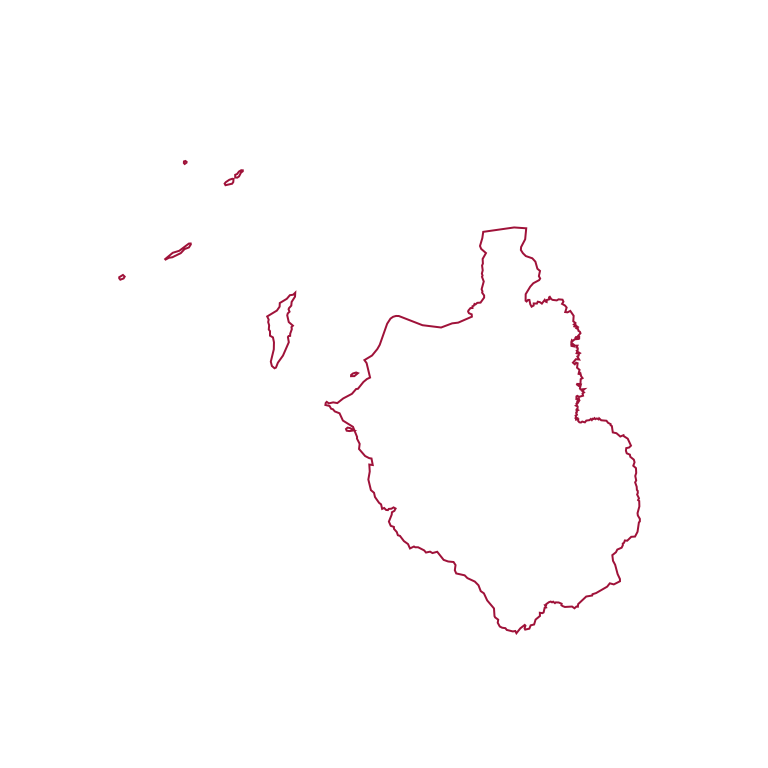 the district of Palian, Trang, Thailand, rotated 68°
{"feature_id": "78962969B78626078629427", "entity_name": "Palian", "entity_type": "district", "adm_level": 2, "iso_a3": "THA", "parent_name": "Thailand", "parent_adm1": "Trang", "projection": "mercator", "projection_center": [99.742, 7.175], "detail": "fine", "context": "isolated", "style": "outline", "palette": "rose", "viewbox_px": 768, "rotation_deg": 68, "n_neighbors": 0, "source": "geoboundaries", "source_scale": "gbopen_adm2", "svg_char_len": 6173}
<svg xmlns="http://www.w3.org/2000/svg" viewBox="0 0 768 768"><g transform="rotate(68 384 384)"><path d="M354.5,393.2L358.1,392.3L372.8,394.5L373.0,398.0L374.4,402.3L378.7,410.0L378.2,411.7L381.1,417.4L382.1,427.2L384.2,434.4L382.0,438.0L381.3,442.4L379.1,443.8L379.7,445.1L381.5,446.2L384.0,442.7L387.1,442.3L388.3,440.8L391.0,439.9L394.5,436.2L402.5,435.8L412.1,428.8L423.1,428.8L424.4,429.5L430.4,429.0L434.9,431.5L443.7,428.5L447.2,425.5L448.4,423.5L454.9,424.8L453.2,427.8L459.8,430.0L466.7,434.3L477.5,435.9L481.1,434.0L485.4,434.7L492.3,433.1L494.5,431.8L499.1,432.5L499.0,430.3L501.6,429.2L502.4,427.6L501.6,426.4L502.4,423.8L502.0,421.4L503.8,419.9L505.5,421.9L505.9,424.7L508.0,425.8L513.4,431.0L518.0,430.9L520.2,428.4L522.1,429.0L526.1,427.6L529.4,427.8L530.8,426.1L537.1,424.4L541.4,421.7L546.2,421.5L545.9,417.1L547.1,416.2L548.2,413.5L553.3,409.1L556.0,408.2L556.7,404.1L558.9,402.4L559.5,397.5L569.4,394.6L572.6,391.0L575.1,386.2L578.7,385.5L583.2,388.1L586.7,388.0L591.6,380.9L595.2,379.4L601.2,373.8L606.0,371.8L612.3,371.9L615.5,369.8L623.3,369.4L633.3,366.1L640.6,368.5L642.0,368.4L645.3,366.4L648.0,368.0L652.2,367.5L654.2,365.8L655.9,362.9L658.0,362.3L661.7,357.2L662.2,354.8L664.7,354.6L661.6,349.1L660.1,343.8L661.0,343.4L663.3,345.2L664.6,345.1L665.3,340.9L662.7,338.4L663.2,334.9L659.2,331.7L657.5,326.3L654.5,325.2L655.8,323.0L655.6,321.6L651.7,318.9L651.9,317.4L649.4,317.6L649.7,316.5L648.9,316.1L648.1,312.9L648.2,310.9L649.4,310.0L649.2,308.7L651.2,307.6L650.8,306.6L652.0,303.9L654.3,301.6L655.6,302.4L656.9,301.5L658.5,299.8L660.8,293.0L663.3,291.4L662.4,288.9L663.1,287.7L660.8,286.4L656.8,276.1L658.1,270.2L657.0,269.4L657.3,265.7L655.5,253.0L653.4,249.3L655.9,246.0L655.3,239.1L653.2,238.3L647.7,238.6L638.2,237.4L633.7,237.9L628.2,236.4L626.9,232.0L624.9,229.7L624.8,225.0L622.9,222.9L621.4,222.4L621.1,220.9L619.3,219.3L620.4,217.2L618.3,212.0L619.5,208.4L616.0,204.3L607.8,199.5L607.3,198.3L604.9,197.3L601.0,197.9L598.7,197.3L593.2,193.1L588.1,191.2L586.8,191.9L585.5,190.4L581.3,190.7L580.1,189.5L578.1,188.8L576.9,189.2L573.9,188.2L569.3,188.0L567.9,186.3L563.4,185.5L561.0,183.5L556.4,181.9L553.2,183.5L550.4,181.0L547.7,180.7L543.8,182.9L541.6,182.5L539.2,184.9L536.5,184.7L534.2,183.4L534.7,180.6L533.7,178.1L526.0,178.5L522.2,181.2L521.2,181.1L521.2,184.6L516.7,186.9L514.6,190.0L508.4,188.5L507.1,189.3L506.1,188.9L503.9,190.8L501.4,191.5L499.0,196.2L496.4,197.4L497.2,198.3L495.7,199.5L495.8,201.1L494.5,201.6L495.0,202.7L494.4,203.4L495.3,204.8L493.9,205.3L494.5,207.0L493.7,210.1L494.8,212.1L493.1,214.3L493.5,215.8L492.7,217.2L491.2,217.8L489.4,217.1L489.1,218.7L488.4,218.1L488.5,219.1L487.6,218.8L487.8,219.9L486.7,218.3L485.1,218.2L484.8,216.6L482.8,216.7L482.2,215.6L481.1,215.6L480.9,213.9L479.6,214.8L479.0,213.6L477.4,212.9L476.0,214.1L475.8,213.1L474.4,212.9L474.4,211.7L473.0,209.8L472.6,211.3L471.9,210.7L471.4,208.9L470.5,208.8L469.9,211.2L467.6,210.2L467.4,209.2L469.0,207.9L469.4,203.8L467.2,203.5L466.7,201.7L464.7,202.8L463.8,200.1L462.7,203.8L461.4,204.0L458.7,202.0L458.8,204.1L456.8,205.3L456.3,204.8L457.6,201.9L453.2,199.8L452.9,197.7L450.8,198.3L447.7,197.9L448.1,199.1L447.5,199.8L444.1,197.4L441.2,198.9L437.3,196.7L436.2,197.9L437.2,199.7L435.0,200.8L432.9,196.8L434.4,193.9L430.9,194.4L430.6,192.9L429.1,192.1L428.8,190.8L427.3,191.9L428.0,193.4L427.6,193.9L426.5,192.7L425.3,192.8L425.1,191.7L423.4,190.9L422.3,191.8L420.9,190.3L420.0,192.6L418.7,193.3L420.3,193.8L418.9,195.9L417.4,195.5L417.9,194.3L415.4,194.7L413.8,193.4L414.8,192.9L414.0,190.4L414.9,187.4L413.1,188.1L413.3,189.8L412.4,188.4L414.4,185.8L413.2,185.3L412.2,186.2L410.5,182.8L409.0,182.8L407.5,183.8L405.8,183.5L404.5,184.6L403.9,182.9L402.1,184.0L402.8,184.7L401.9,185.9L400.6,184.4L399.9,185.4L399.1,183.7L396.7,185.0L391.8,182.6L386.0,183.9L386.3,187.0L385.2,189.0L381.5,186.0L379.0,186.8L376.4,188.9L374.9,186.8L372.7,186.9L370.9,190.4L371.2,192.5L369.2,196.1L368.0,197.1L365.3,197.6L365.5,198.5L367.4,199.2L367.1,201.6L368.9,202.5L368.1,203.3L366.2,203.5L368.6,207.5L366.5,208.8L365.3,210.6L366.7,212.1L365.4,215.0L367.3,215.9L367.6,218.2L364.9,218.5L360.5,217.7L360.0,218.9L360.9,220.9L359.8,221.5L353.8,219.0L348.5,211.9L346.5,207.8L345.8,201.2L344.7,199.7L342.0,200.0L337.6,197.0L334.6,198.6L327.3,197.8L323.0,199.4L318.5,204.6L314.8,206.2L311.0,206.9L308.4,205.6L302.7,198.9L292.9,193.8L287.6,204.7L280.1,235.0L285.6,238.2L292.0,243.3L295.1,243.3L300.8,240.4L305.0,245.7L309.4,247.2L310.9,248.7L315.6,249.9L318.3,251.9L320.4,252.0L321.3,253.0L326.3,253.1L332.7,258.0L334.9,258.0L336.1,258.8L339.4,258.0L341.4,258.8L344.7,264.0L343.7,267.1L344.5,269.4L343.7,270.1L345.0,271.4L345.1,272.9L346.7,273.5L346.0,275.4L347.5,278.2L348.4,278.9L350.2,278.7L352.3,276.6L354.5,277.3L354.9,292.2L353.3,298.1L353.0,309.9L343.9,326.3L326.5,344.8L325.4,347.4L325.1,350.4L325.8,353.5L329.3,358.5L346.1,373.3L349.1,377.1L353.1,384.4L354.5,393.2ZM269.7,433.8L266.1,432.1L267.2,434.8L266.4,438.0L268.6,442.2L269.9,450.3L273.2,451.8L275.8,455.8L277.6,467.0L281.1,466.8L283.2,468.2L286.5,468.5L290.3,470.4L292.3,469.9L296.5,471.6L299.2,469.5L304.1,470.4L310.6,473.2L320.9,480.6L325.3,481.2L328.4,479.6L328.3,478.0L324.5,474.4L319.8,467.0L309.6,456.6L304.5,455.5L303.8,454.5L304.2,453.0L302.2,452.1L298.6,448.9L296.6,448.5L295.8,446.6L290.9,449.1L284.1,448.0L282.5,446.8L281.6,444.5L279.0,444.5L278.1,443.7L276.6,440.6L273.3,438.9L269.7,433.8ZM186.8,539.9L186.4,536.1L187.2,532.8L186.5,523.3L184.2,518.4L184.3,513.7L182.2,510.8L181.3,510.6L180.7,512.3L183.8,523.9L183.2,530.7L186.2,540.1L186.8,539.9ZM138.5,456.7L140.3,456.5L141.4,449.8L140.3,448.1L137.5,446.7L136.9,447.7L136.7,450.9L137.6,455.1L138.5,456.7ZM136.8,444.6L137.7,442.7L137.2,440.6L134.4,437.4L133.9,435.3L133.0,434.9L132.3,436.3L132.7,438.9L134.3,441.6L134.3,443.6L136.8,444.6ZM413.3,436.1L414.7,433.7L415.8,429.0L412.1,432.1L410.8,434.1L411.5,436.1L413.3,436.1ZM364.4,411.6L365.6,408.6L364.2,404.1L362.9,405.5L362.6,408.8L363.3,411.1L364.4,411.6ZM186.9,589.9L188.5,589.4L188.6,585.9L187.3,584.2L185.1,585.2L185.8,589.5L186.9,589.9ZM105.3,486.4L104.8,484.2L104.1,483.8L102.8,484.6L102.7,486.1L104.2,486.8L105.3,486.4Z" fill="none" stroke="#9f1239" stroke-width="2"/></g></svg>